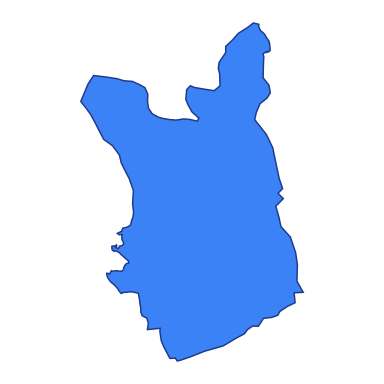 the district of Kissonerga, Paphos, Cyprus
{"feature_id": "46923920B44271022375599", "entity_name": "Kissonerga", "entity_type": "district", "adm_level": 2, "iso_a3": "CYP", "parent_name": "Cyprus", "parent_adm1": "Paphos", "projection": "mercator", "projection_center": [32.398, 34.835], "detail": "fine", "context": "isolated", "style": "filled", "palette": "blue", "viewbox_px": 384, "rotation_deg": 0, "n_neighbors": 0, "source": "geoboundaries", "source_scale": "gbopen_adm2", "svg_char_len": 2489}
<svg xmlns="http://www.w3.org/2000/svg" viewBox="0 0 384 384"><path d="M80.8,101.4L85.1,106.9L90.5,114.2L95.6,123.6L98.9,130.2L103.7,139.4L112.6,145.8L119.4,155.1L121.3,163.0L125.0,170.5L129.2,178.6L133.4,190.4L132.6,203.4L133.6,212.5L133.0,217.1L131.5,220.8L130.7,224.9L127.1,227.2L122.9,228.1L121.5,231.3L117.3,233.4L119.2,234.8L122.2,234.5L121.8,236.4L121.9,239.4L123.4,242.4L123.7,243.9L122.2,245.6L119.6,246.1L118.4,248.6L115.8,247.5L116.8,245.6L116.4,244.9L114.9,246.1L114.5,246.0L113.1,246.0L111.8,246.3L111.9,248.0L112.1,249.7L112.6,250.3L113.5,250.9L114.1,251.3L115.5,250.9L116.2,251.1L117.5,251.6L118.4,252.2L120.0,253.2L121.4,254.9L122.6,255.8L123.5,256.7L124.7,257.7L126.0,259.0L128.1,260.5L128.6,261.9L129.0,262.8L126.4,263.6L124.7,265.5L123.9,267.4L123.6,268.8L123.1,270.1L122.0,271.1L120.1,271.2L118.8,271.2L117.3,270.7L115.6,270.7L113.9,271.2L112.2,271.0L111.4,270.7L110.5,272.1L110.1,273.8L108.4,273.5L106.9,273.2L106.6,274.3L107.3,276.6L108.3,278.7L110.3,281.3L111.6,282.7L114.0,284.6L117.2,288.0L119.4,291.4L121.2,293.5L123.2,292.5L126.5,292.2L130.4,291.8L133.5,292.1L138.3,293.3L138.7,295.3L139.5,299.3L139.8,302.7L140.8,308.4L140.8,312.0L142.2,315.8L146.7,318.1L148.4,323.2L147.4,329.3L147.4,329.6L160.2,328.3L159.9,331.3L161.2,340.5L163.6,346.5L169.9,358.4L175.4,358.2L177.2,361.0L180.8,360.1L191.0,356.6L204.3,351.3L223.4,345.8L235.7,338.4L244.5,333.7L247.5,329.6L252.5,326.1L258.5,326.1L263.5,318.3L271.3,317.5L277.8,315.3L277.9,315.1L279.8,311.5L287.4,306.4L295.1,302.7L294.1,292.8L303.2,292.3L296.9,281.2L297.0,278.4L297.4,264.6L295.6,252.5L290.4,237.1L280.9,226.5L279.0,217.5L275.8,206.2L283.3,198.6L278.0,193.3L282.6,188.6L279.2,178.5L276.4,165.4L272.7,147.7L266.5,134.7L262.9,130.1L254.7,119.6L256.2,112.8L260.0,103.7L267.1,98.0L270.3,92.8L269.0,85.3L263.1,77.8L263.4,65.8L263.4,64.9L263.8,56.7L263.0,54.1L264.9,52.3L266.6,52.5L266.9,51.4L268.3,52.0L270.1,50.6L270.0,47.6L269.5,43.2L268.8,40.9L266.7,38.0L264.5,34.1L260.3,30.3L258.7,26.6L258.8,24.3L253.3,23.0L247.7,27.4L238.4,33.3L232.2,40.3L225.7,46.4L225.7,52.6L219.1,62.4L218.3,68.5L219.7,74.2L220.0,85.8L214.2,90.7L209.6,90.0L202.6,88.9L194.6,87.5L190.3,85.8L186.7,89.6L185.8,99.3L188.2,105.2L192.1,112.1L198.9,118.1L197.2,121.2L190.2,119.5L183.9,118.9L176.2,120.1L169.0,119.5L162.3,118.3L157.8,116.9L152.1,113.7L148.5,108.3L147.5,101.3L147.8,94.2L144.9,87.6L139.6,84.7L132.4,81.4L124.1,80.8L117.0,78.7L107.3,77.2L93.6,75.5L88.0,84.1L80.8,101.4Z" fill="#3b82f6" stroke="#1e3a8a" stroke-width="1.5"/></svg>